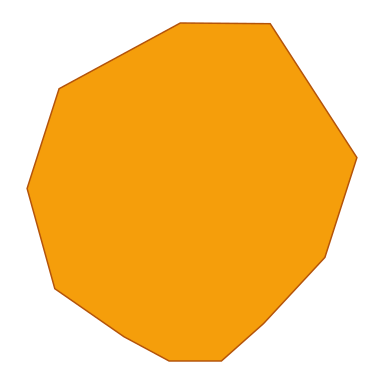 Kumho, Hamgyŏng-namdo, North Korea (orthographic projection)
{"feature_id": "82179303B22742196001734", "entity_name": "Kumho", "entity_type": "district", "adm_level": 2, "iso_a3": "PRK", "parent_name": "North Korea", "parent_adm1": "Hamgyŏng-namdo", "projection": "orthographic", "projection_center": [128.38, 40.117], "detail": "fine", "context": "isolated", "style": "filled", "palette": "amber", "viewbox_px": 384, "rotation_deg": 0, "n_neighbors": 0, "source": "geoboundaries", "source_scale": "gbopen_adm2", "svg_char_len": 270}
<svg xmlns="http://www.w3.org/2000/svg" viewBox="0 0 384 384"><path d="M221.4,361.0L263.5,323.6L324.9,257.4L356.9,157.6L270.2,23.7L180.3,23.0L59.1,88.7L27.1,188.5L54.8,288.7L123.9,336.7L169.1,361.0L221.4,361.0Z" fill="#f59e0b" stroke="#b45309" stroke-width="1.5"/></svg>